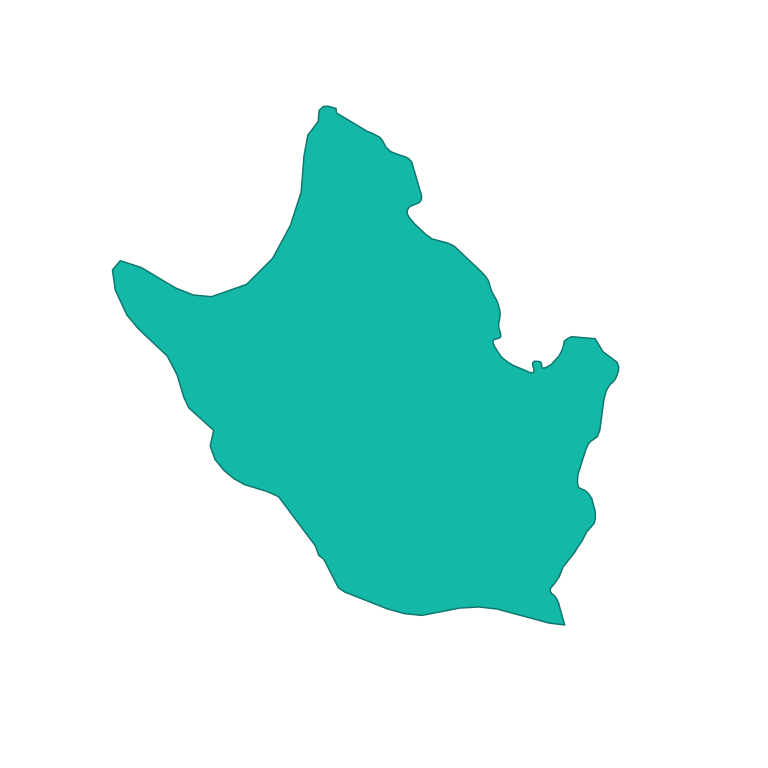 Paphos, Albers equal-area conic projection, rotated 343°
{"feature_id": "CYP-3465", "entity_name": "Paphos", "entity_type": "District", "adm_level": 1, "iso_a3": "CYP", "parent_name": "Cyprus", "parent_adm1": "", "projection": "albers", "projection_center": [32.601, 34.919], "detail": "fine", "context": "isolated", "style": "filled", "palette": "teal", "viewbox_px": 768, "rotation_deg": 343, "n_neighbors": 0, "source": "natural_earth", "source_scale": "10m", "svg_char_len": 2019}
<svg xmlns="http://www.w3.org/2000/svg" viewBox="0 0 768 768"><g transform="rotate(343 384 384)"><path d="M486.3,667.2L472.3,661.1L426.2,632.2L409.7,625.0L390.9,620.4L352.7,616.4L336.9,609.8L321.8,600.3L285.9,571.7L280.8,565.6L275.2,533.9L271.5,528.8L271.0,518.6L250.2,460.9L240.2,452.2L221.1,439.4L213.0,430.9L205.7,419.9L200.3,406.7L199.7,392.5L207.5,378.5L190.4,349.9L188.7,338.4L188.8,314.5L184.9,293.9L165.5,259.9L158.3,243.0L154.5,215.6L157.6,195.6L167.9,189.0L186.0,201.7L212.7,231.2L227.6,243.1L244.6,250.1L281.8,248.5L314.2,231.3L340.9,204.9L360.9,176.2L374.3,142.2L383.9,123.8L398.1,113.5L399.9,108.3L402.3,103.1L407.5,100.8L412.0,102.1L418.7,106.6L417.7,110.8L442.1,137.8L446.5,141.2L451.9,146.6L453.7,150.7L455.1,158.1L458.2,163.6L465.3,169.3L470.0,172.3L473.6,175.8L475.4,179.9L475.0,214.9L473.7,218.5L471.1,220.7L467.2,221.3L463.3,221.4L459.6,222.3L457.3,224.6L455.9,227.8L457.2,233.2L460.1,239.9L467.3,252.6L472.6,259.5L486.3,268.0L491.3,272.5L510.0,305.3L512.6,311.1L514.1,315.9L514.0,325.8L514.6,329.7L516.3,337.5L516.5,341.9L516.3,346.5L515.6,351.1L514.0,354.7L510.8,360.9L510.3,363.7L510.2,370.1L509.5,372.9L507.5,373.9L502.1,373.5L500.7,375.2L500.3,376.7L500.6,380.2L503.6,391.1L505.7,395.0L508.5,398.9L513.2,404.2L523.1,412.3L525.6,414.7L528.1,416.4L530.4,416.8L531.8,413.4L531.6,410.1L532.2,407.4L534.6,406.1L540.0,408.4L540.6,410.6L540.0,413.0L539.9,415.1L543.4,415.7L549.5,414.3L559.7,408.3L564.2,403.6L567.3,399.0L569.0,395.6L573.4,394.1L577.3,393.6L599.1,402.4L602.9,417.2L613.2,431.2L613.5,436.1L611.8,440.5L607.5,446.1L603.8,449.0L599.7,450.8L594.7,455.3L589.7,463.2L576.9,491.3L572.6,496.7L569.2,498.0L565.3,499.0L562.3,500.7L558.0,505.5L543.1,527.1L540.3,534.4L539.7,539.5L541.7,541.8L544.5,543.9L547.3,548.0L549.2,554.1L548.7,567.7L546.7,574.5L544.0,578.9L534.8,584.5L527.3,592.2L521.0,597.2L517.1,600.8L501.7,611.4L495.0,619.7L489.7,624.0L483.5,628.0L482.4,630.7L483.1,633.5L485.1,636.4L486.3,639.9L486.9,644.1L486.3,667.2Z" fill="#14b8a6" stroke="#0f766e" stroke-width="1.5"/></g></svg>